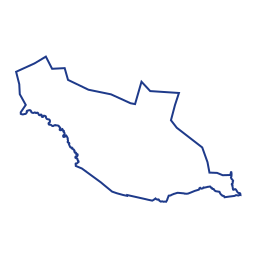 outline of Altanbulag, Selenge, Mongolia, rotated 177°
{"feature_id": "93677404B4874653776406", "entity_name": "Altanbulag", "entity_type": "district", "adm_level": 2, "iso_a3": "MNG", "parent_name": "Mongolia", "parent_adm1": "Selenge", "projection": "mercator", "projection_center": [106.819, 50.071], "detail": "fine", "context": "isolated", "style": "outline", "palette": "blue", "viewbox_px": 256, "rotation_deg": 177, "n_neighbors": 0, "source": "geoboundaries", "source_scale": "gbopen_adm2", "svg_char_len": 5394}
<svg xmlns="http://www.w3.org/2000/svg" viewBox="0 0 256 256"><g transform="rotate(177 128 128)"><path d="M234.3,147.7L232.8,147.1L231.7,147.1L230.5,147.4L229.9,147.4L229.4,147.5L228.4,148.6L228.2,148.8L228.2,149.1L228.2,149.4L228.3,149.6L228.3,149.9L228.1,150.3L227.6,150.6L226.8,150.6L225.8,151.0L225.4,151.0L224.9,150.8L224.3,150.2L224.2,150.3L224.0,150.0L223.8,149.5L223.7,149.0L223.6,148.7L223.2,148.5L222.9,148.3L222.3,148.1L221.8,148.0L221.1,148.1L220.4,148.4L220.1,148.4L219.4,147.9L219.2,147.8L218.8,148.0L218.4,147.8L218.2,147.9L217.9,147.9L217.5,148.0L217.4,147.9L217.1,147.6L216.8,147.3L216.7,146.9L216.6,146.4L216.4,146.0L216.2,145.7L215.7,145.4L215.4,145.4L214.5,145.9L214.2,146.0L214.0,145.9L213.7,145.7L213.5,145.0L213.6,144.4L213.5,144.2L213.5,143.9L213.1,143.5L212.9,143.5L212.5,143.5L212.2,143.6L212.1,143.8L212.0,144.1L211.7,144.5L211.3,144.7L210.5,144.5L209.7,144.1L209.5,143.9L209.4,143.7L209.4,143.3L209.5,143.1L209.3,142.5L209.0,142.0L208.7,141.4L207.9,141.0L207.5,140.9L206.9,140.8L206.4,140.7L206.1,140.4L205.9,140.2L205.7,139.8L205.6,139.3L205.6,138.8L205.7,138.2L205.8,138.0L206.0,137.7L206.9,137.2L207.0,137.0L207.1,136.7L207.0,136.0L206.8,135.7L206.6,135.5L206.3,135.4L205.5,135.4L204.8,135.1L204.3,134.8L203.8,134.2L203.2,133.9L202.2,134.0L201.6,134.5L201.2,134.6L200.7,134.7L200.4,134.7L200.1,134.4L199.1,134.4L198.7,134.3L197.5,134.0L197.3,133.9L197.1,133.8L196.9,133.1L196.7,132.9L196.0,132.3L195.8,131.9L195.7,131.7L195.8,131.4L196.1,130.8L196.2,130.5L196.3,130.0L196.3,129.8L196.1,129.6L195.9,129.4L195.2,129.3L194.7,129.4L194.5,129.5L194.3,129.8L193.8,130.5L193.7,130.5L193.6,130.4L193.4,129.8L193.2,129.4L192.5,128.7L192.4,128.6L192.5,128.5L192.6,128.4L192.8,128.1L192.8,127.9L192.6,127.6L192.2,127.5L192.1,127.4L192.1,127.1L191.7,126.4L191.6,126.0L191.7,125.5L191.8,125.2L191.9,124.9L192.7,124.3L193.0,123.9L193.2,123.6L193.2,123.2L193.1,122.9L193.0,122.6L192.8,122.5L192.6,122.4L191.5,122.6L191.3,122.7L191.2,122.8L190.9,123.4L190.8,123.6L190.6,123.8L190.3,123.9L190.1,123.7L189.8,123.2L189.4,122.5L188.7,120.9L188.7,120.6L188.9,120.0L188.7,119.4L188.6,118.8L188.6,118.2L188.8,117.7L189.0,117.4L189.0,117.1L188.9,116.9L188.7,116.6L188.0,116.4L187.7,116.3L187.5,116.0L187.4,115.8L187.5,115.6L187.7,115.0L187.8,114.8L187.6,114.4L187.5,113.9L187.2,113.2L186.6,111.8L186.2,111.5L186.0,111.4L185.4,111.5L185.1,111.4L185.0,111.2L185.0,110.9L185.0,110.6L184.9,110.6L184.5,110.6L184.4,110.3L184.3,110.1L184.2,109.9L183.8,109.6L183.6,109.4L183.3,109.3L183.2,109.0L182.9,108.7L182.9,108.4L182.8,108.2L182.6,108.1L182.6,107.9L182.7,107.6L182.7,107.3L182.8,107.1L182.7,106.9L182.3,106.4L182.2,106.2L181.9,106.3L181.6,106.3L181.4,106.2L181.1,105.8L181.0,105.5L181.0,105.2L181.1,104.9L181.1,104.7L180.4,104.2L179.8,104.4L179.7,104.3L179.7,103.4L179.8,103.2L180.1,103.0L180.2,102.9L180.2,102.5L180.3,102.4L180.9,102.1L181.3,102.1L181.5,102.2L181.7,102.3L181.8,102.2L182.1,101.7L182.1,101.4L181.8,101.4L181.7,101.3L181.7,101.1L181.7,100.9L181.5,100.6L181.1,100.4L180.6,100.3L180.1,99.8L180.1,99.3L179.9,98.5L179.7,98.3L179.7,98.1L179.7,97.9L179.2,97.5L179.2,97.4L179.1,97.0L179.2,96.6L179.5,96.5L180.0,96.2L180.2,95.8L181.1,95.2L181.7,95.2L181.9,95.3L182.1,95.2L182.2,94.9L182.1,92.8L180.6,92.1L176.2,90.0L157.9,75.1L155.0,72.4L147.2,65.3L142.5,63.4L136.2,61.3L132.4,60.3L132.3,61.1L114.4,56.1L111.7,55.3L107.6,54.2L106.3,54.8L104.2,56.2L103.8,55.7L103.4,55.3L102.9,55.2L102.3,54.9L102.0,54.9L101.7,55.1L101.4,55.1L101.1,55.0L101.0,54.9L100.5,53.8L99.2,52.8L98.7,52.8L97.8,53.0L96.3,52.5L96.1,52.5L95.7,52.6L94.7,52.5L93.8,52.4L93.6,52.9L93.1,53.3L92.8,53.9L92.6,54.3L92.4,54.7L92.2,55.5L91.9,56.0L90.9,58.3L89.0,58.4L88.6,58.6L88.2,58.9L86.4,59.5L85.8,59.8L85.5,59.8L82.0,60.7L81.5,60.6L81.0,60.6L77.0,60.0L75.5,59.8L75.1,59.5L74.5,59.5L73.4,59.3L72.4,59.3L71.3,59.4L70.2,59.8L69.2,60.1L66.9,60.9L64.6,61.7L60.5,62.7L60.0,63.5L59.9,64.0L59.1,64.5L58.7,64.1L58.2,63.6L57.9,63.6L56.5,63.8L56.4,63.9L55.7,64.7L55.2,64.6L55.0,64.4L52.6,64.8L51.3,65.1L50.7,65.1L49.1,65.3L48.7,65.0L48.5,64.5L48.3,64.1L47.9,63.8L47.4,63.8L47.1,63.3L46.9,62.7L45.9,62.7L45.5,62.4L45.2,61.8L45.0,61.3L44.8,61.1L44.5,60.8L44.1,60.7L43.9,60.5L43.7,60.3L40.0,59.5L39.8,58.9L39.6,58.3L39.3,57.9L39.1,57.4L38.7,56.8L37.7,56.0L37.5,55.6L37.3,55.4L37.0,55.3L36.5,55.3L36.1,55.1L35.5,54.8L35.2,53.8L29.5,54.3L29.2,54.3L25.3,54.6L24.9,54.7L23.7,55.3L21.3,54.8L20.7,55.1L20.2,55.1L20.0,55.5L19.8,55.6L19.6,55.5L19.5,55.4L19.2,55.3L19.2,55.7L19.3,56.5L19.4,56.8L19.6,57.0L19.8,57.1L20.0,57.2L20.4,57.1L20.8,57.2L21.7,57.8L22.0,58.2L23.2,60.4L23.6,61.0L24.0,61.3L24.3,61.3L24.6,61.3L25.6,60.8L25.9,60.8L26.2,60.9L26.3,61.1L26.5,62.1L26.5,63.2L26.8,64.4L26.8,64.7L26.6,65.2L26.6,65.4L26.9,65.6L27.2,65.8L27.3,66.0L27.3,66.6L27.2,66.8L26.6,67.1L26.3,67.6L26.3,67.9L26.2,68.3L26.3,68.9L25.9,69.4L25.8,69.6L25.8,69.9L25.9,70.0L26.3,70.6L26.7,71.2L27.2,71.7L27.3,71.9L27.4,72.2L27.5,72.5L27.8,73.0L27.8,73.3L27.7,73.6L27.3,74.1L27.2,74.7L27.1,75.0L27.2,75.3L27.2,75.7L27.0,76.2L27.0,76.3L27.0,76.7L27.0,77.6L27.3,79.2L28.3,75.7L35.9,75.9L41.4,78.5L49.0,79.2L50.4,89.7L54.9,104.7L79.3,125.7L84.7,133.5L79.9,148.4L75.3,160.3L103.9,163.7L112.1,173.5L119.7,151.5L124.2,152.6L143.2,162.5L165.5,168.3L185.4,179.2L188.1,191.1L200.7,191.1L206.3,203.6L218.0,197.4L236.8,190.0L234.3,177.4L234.3,167.4L228.9,156.4L234.3,149.3L234.3,148.4L234.3,148.0L234.3,147.7Z" fill="none" stroke="#1e3a8a" stroke-width="2"/></g></svg>